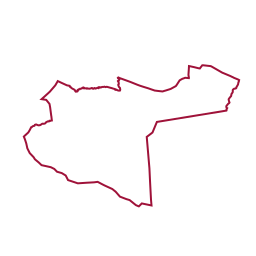 the district of Kimiti, Sila, Chad, rotated 280°
{"feature_id": "50815135B66817745888418", "entity_name": "Kimiti", "entity_type": "district", "adm_level": 2, "iso_a3": "TCD", "parent_name": "Chad", "parent_adm1": "Sila", "projection": "equal_earth", "projection_center": [22.332, 11.896], "detail": "fine", "context": "isolated", "style": "outline", "palette": "rose", "viewbox_px": 256, "rotation_deg": 280, "n_neighbors": 0, "source": "geoboundaries", "source_scale": "gbopen_adm2", "svg_char_len": 4295}
<svg xmlns="http://www.w3.org/2000/svg" viewBox="0 0 256 256"><g transform="rotate(280 128 128)"><path d="M76.4,49.3L76.0,58.8L74.9,62.5L72.6,65.7L72.1,70.6L70.4,74.9L66.3,78.0L64.8,88.2L66.9,96.7L68.6,104.0L69.7,107.5L68.3,111.8L67.4,114.7L66.4,118.5L65.2,123.1L63.1,126.9L59.0,132.0L57.7,138.7L57.3,142.1L53.4,149.2L52.7,152.2L52.7,152.3L56.1,154.7L55.8,164.6L61.4,163.1L79.6,158.9L92.0,156.1L122.5,148.0L127.8,152.9L139.0,155.4L162.2,221.8L162.3,221.8L162.7,222.0L162.8,222.0L163.4,221.8L163.6,221.9L164.2,222.0L164.5,222.1L164.8,222.2L165.0,221.6L165.9,221.1L166.4,221.1L166.8,221.1L169.3,222.5L170.0,223.2L170.6,223.5L170.9,223.5L171.0,223.4L171.2,223.2L171.8,222.9L173.4,222.2L173.8,222.2L174.0,222.2L175.5,222.9L177.0,223.8L177.4,224.0L178.5,224.0L179.4,224.0L179.5,224.0L180.4,224.5L180.6,224.5L181.1,224.8L181.7,224.9L183.5,224.6L183.9,224.7L184.3,224.9L185.1,225.7L185.2,225.9L185.3,226.2L185.4,226.5L185.5,226.8L185.6,227.2L185.8,227.4L186.2,227.7L186.4,227.7L186.7,227.6L190.0,228.8L192.3,228.8L192.8,229.1L193.8,229.0L194.5,229.1L194.8,228.2L194.9,227.9L195.8,223.7L196.4,221.9L196.4,221.6L196.9,220.0L198.3,213.8L198.6,212.5L198.8,211.4L200.1,207.8L203.1,199.5L203.1,199.4L203.3,198.7L203.0,193.8L202.8,190.8L202.6,190.2L201.4,189.6L200.5,189.1L199.1,188.4L199.1,186.9L199.4,182.7L199.6,178.1L199.6,177.3L197.2,177.6L190.8,178.3L187.9,179.3L187.7,179.3L187.4,175.6L186.3,173.8L186.2,173.5L185.9,173.0L185.6,172.6L183.9,170.6L182.5,170.0L178.7,168.4L178.4,168.2L177.7,167.9L177.4,167.6L174.1,163.5L174.0,163.4L173.7,162.9L171.4,158.5L170.6,156.8L170.5,156.7L170.3,156.3L170.0,155.7L169.8,152.9L169.6,149.4L169.6,148.9L169.5,148.0L170.2,143.5L170.6,141.1L171.2,136.2L171.7,132.6L172.2,129.8L173.8,122.2L175.7,111.3L175.7,111.1L176.1,109.7L175.6,109.3L175.3,109.5L174.8,110.7L174.4,111.1L173.2,110.7L172.8,110.1L172.7,110.0L172.5,109.9L172.1,110.2L171.9,110.6L170.3,111.2L169.7,111.3L169.4,111.2L169.1,110.9L168.7,110.9L167.1,111.8L166.9,112.0L166.6,112.3L166.4,112.7L166.3,112.9L165.9,113.2L164.4,113.7L163.5,113.6L163.4,113.4L163.3,112.8L163.2,112.2L163.3,111.2L163.6,110.4L163.7,110.0L163.5,109.9L163.4,108.9L163.5,108.7L163.9,108.6L164.0,108.6L164.1,108.4L164.2,107.0L164.2,106.7L164.4,105.5L164.7,102.2L164.8,101.3L164.8,100.9L164.9,100.2L164.9,99.9L164.6,99.3L164.6,99.2L164.4,98.9L164.5,98.0L164.6,97.6L164.4,97.2L164.2,96.8L164.0,95.6L163.9,95.3L163.5,94.7L163.3,94.5L163.2,94.3L163.1,94.1L163.2,93.8L163.3,93.4L163.1,92.1L162.9,92.0L162.5,92.4L162.4,92.4L162.2,92.3L162.1,92.2L162.1,91.8L162.2,91.7L162.4,91.1L161.8,90.2L161.2,89.3L161.2,89.2L161.5,88.6L161.5,88.4L161.5,88.0L161.5,87.9L160.9,87.6L160.8,87.4L160.7,87.2L160.6,86.7L160.8,86.1L161.0,85.9L161.1,85.7L161.1,85.4L160.7,84.8L160.6,84.6L160.0,83.3L160.0,83.1L160.0,82.9L159.9,82.0L159.9,81.6L160.0,81.1L159.6,80.7L159.9,80.0L159.7,79.5L159.7,79.2L159.6,78.7L159.4,77.9L159.4,77.7L160.0,77.7L160.1,77.4L160.2,77.2L159.9,76.5L159.7,76.1L159.3,75.8L159.2,75.8L158.9,75.6L158.7,75.2L158.5,74.7L158.3,74.0L158.1,74.0L157.8,73.8L157.7,73.7L157.6,73.3L157.5,72.7L156.6,71.8L156.4,71.7L156.3,71.8L156.2,72.2L155.3,71.9L155.2,71.8L154.7,70.3L154.9,70.0L155.0,69.8L155.3,69.8L156.1,69.0L156.3,68.8L156.4,68.7L156.5,68.4L156.6,67.9L156.7,67.7L156.9,67.1L157.2,66.2L157.7,65.1L158.4,64.4L158.5,63.6L158.8,63.4L159.0,63.4L159.4,63.2L159.4,62.7L159.4,62.3L159.4,62.0L159.4,60.5L160.9,54.8L161.8,51.5L161.8,51.4L162.0,50.7L157.4,49.0L150.5,44.9L150.4,44.9L150.1,44.6L149.1,43.9L143.3,39.4L143.1,39.2L141.4,37.9L141.5,42.4L141.5,42.6L141.4,42.7L138.1,46.5L134.9,47.7L127.6,50.0L127.3,50.1L126.9,50.2L126.5,50.4L122.2,51.7L122.0,51.0L122.0,50.9L121.9,50.8L121.7,50.6L121.5,50.3L121.5,49.4L120.8,49.1L120.7,48.9L120.7,48.6L120.6,47.9L120.5,47.7L119.4,46.3L118.5,45.9L118.1,45.5L118.0,45.4L117.5,44.3L117.5,44.2L117.5,43.8L117.5,43.6L117.5,43.4L117.4,43.1L117.2,42.7L116.9,42.4L116.2,41.7L115.6,41.0L115.4,40.3L115.3,40.1L115.2,40.0L115.2,39.9L115.1,39.4L115.1,38.9L115.2,38.6L115.3,38.0L115.3,37.9L115.4,37.5L115.5,37.3L115.4,36.5L114.9,35.7L114.6,35.6L114.0,35.5L113.7,35.0L113.4,34.2L113.1,33.8L112.5,33.3L112.2,33.1L112.0,32.9L111.9,32.5L108.9,31.6L106.3,30.6L101.5,26.9L98.7,28.6L95.1,30.5L90.5,32.4L86.2,35.6L82.8,40.2L81.3,41.5L80.9,42.0L80.2,43.2L78.6,46.0L76.4,49.3Z" fill="none" stroke="#9f1239" stroke-width="2"/></g></svg>